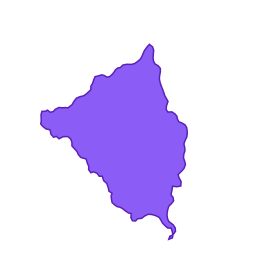 the district of Presidente Kubitschek, Minas Gerais, Brazil, rotated 24°
{"feature_id": "56859067B74501979707215", "entity_name": "Presidente Kubitschek", "entity_type": "district", "adm_level": 2, "iso_a3": "BRA", "parent_name": "Brazil", "parent_adm1": "Minas Gerais", "projection": "orthographic", "projection_center": [-43.574, -18.625], "detail": "fine", "context": "isolated", "style": "filled", "palette": "violet", "viewbox_px": 256, "rotation_deg": 24, "n_neighbors": 0, "source": "geoboundaries", "source_scale": "gbopen_adm2", "svg_char_len": 2146}
<svg xmlns="http://www.w3.org/2000/svg" viewBox="0 0 256 256"><g transform="rotate(24 128 128)"><path d="M212.5,207.5L213.4,203.0L211.7,200.0L208.5,198.0L203.4,196.8L200.9,194.7L198.8,191.2L197.5,186.5L197.1,182.6L198.3,179.9L199.3,176.0L197.3,173.0L194.5,171.5L193.4,166.8L192.4,163.0L196.4,161.9L199.8,159.5L198.3,155.3L194.6,152.5L192.7,150.1L193.8,147.4L194.9,144.6L195.6,141.9L195.3,137.9L193.1,135.1L190.8,132.7L189.6,129.0L189.3,125.6L187.6,122.5L185.6,120.0L185.2,116.1L185.4,112.7L184.5,109.3L183.0,106.2L181.4,103.7L178.8,101.9L175.6,101.5L171.9,101.6L169.8,100.0L167.8,97.3L165.3,96.1L161.6,95.4L157.9,97.2L155.3,95.5L154.2,92.3L153.7,87.4L150.7,85.2L148.3,83.4L146.4,81.2L144.1,78.8L141.5,76.3L138.9,73.5L136.7,70.4L135.6,67.3L134.7,63.4L133.3,60.4L130.3,58.9L126.6,58.5L123.8,56.2L122.1,53.1L121.1,50.2L119.9,46.7L117.5,43.9L113.5,42.9L112.3,46.7L111.5,50.7L111.5,53.8L111.6,56.6L111.3,59.9L109.9,63.0L107.9,66.4L105.3,68.5L100.9,70.3L97.6,72.7L96.6,75.7L94.3,77.3L93.0,79.7L92.4,83.2L91.5,86.0L90.3,88.6L88.0,90.1L85.0,89.7L82.4,90.1L79.9,92.3L77.0,94.5L77.1,97.9L77.5,101.7L77.1,104.9L78.5,108.2L77.1,111.4L75.9,114.2L74.3,116.7L71.3,119.0L68.8,121.6L67.8,125.6L67.4,129.5L65.0,134.0L62.5,134.8L60.1,136.1L56.5,137.4L53.9,140.6L53.1,143.4L50.4,145.3L47.3,144.4L45.5,146.4L42.6,147.8L43.1,151.2L44.8,154.6L46.0,157.2L46.6,159.8L49.2,161.1L53.3,162.2L57.6,161.4L60.1,165.0L63.8,166.7L66.0,164.8L69.4,165.9L72.3,162.3L76.5,160.3L80.2,161.4L82.7,164.1L84.1,167.2L87.5,168.7L91.0,170.3L93.8,172.7L97.0,174.1L99.8,173.7L102.4,173.4L105.0,176.5L107.9,179.2L108.9,182.0L112.3,184.0L114.4,182.0L118.3,182.0L121.4,183.8L124.1,182.5L127.2,186.0L131.2,187.3L134.1,190.4L136.3,193.5L139.9,194.1L140.2,196.9L141.7,199.5L143.8,202.6L147.6,203.8L150.1,204.2L153.2,203.6L156.2,203.9L159.3,204.8L162.8,205.4L165.9,205.0L167.1,208.7L169.8,210.9L172.7,209.9L173.7,207.0L177.2,205.0L179.0,201.6L181.6,198.6L185.1,197.3L189.0,196.8L193.0,197.0L195.7,198.9L198.2,200.8L201.4,202.1L204.8,203.2L208.2,202.0L210.7,204.8L212.5,207.5ZM210.5,213.1L213.3,210.3L212.5,207.5L210.2,209.8L210.5,213.1Z" fill="#8b5cf6" stroke="#5b21b6" stroke-width="1.5"/></g></svg>